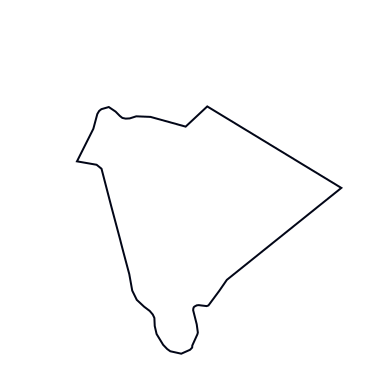 an SVG outline of Granada, rotated 321°
{"feature_id": "NIC-655", "entity_name": "Granada", "entity_type": "Department", "adm_level": 1, "iso_a3": "NIC", "parent_name": "Nicaragua", "parent_adm1": "", "projection": "mercator", "projection_center": [-85.973, 11.905], "detail": "fine", "context": "isolated", "style": "outline", "palette": "ink", "viewbox_px": 384, "rotation_deg": 321, "n_neighbors": 0, "source": "natural_earth", "source_scale": "10m", "svg_char_len": 796}
<svg xmlns="http://www.w3.org/2000/svg" viewBox="0 0 384 384"><g transform="rotate(321 192 192)"><path d="M180.8,73.6L183.2,81.4L183.8,87.5L184.5,90.6L186.6,93.2L189.9,95.6L196.3,98.1L207.0,107.5L228.2,137.2L257.7,135.1L310.6,282.8L163.8,282.2L150.9,286.0L133.4,290.5L131.6,289.9L127.7,285.9L126.1,284.2L124.4,283.1L122.4,282.7L121.7,282.6L120.8,282.7L119.7,283.4L118.5,284.6L112.4,297.8L108.1,304.9L106.6,306.0L95.6,311.5L94.2,313.0L91.2,313.4L81.9,310.9L74.9,302.1L73.9,298.4L73.4,292.6L75.1,280.1L78.7,272.7L83.5,266.2L84.4,262.6L84.3,257.9L82.6,251.0L81.2,241.1L83.5,231.0L91.6,216.3L93.5,212.0L101.0,195.2L104.8,186.8L106.2,183.8L120.3,152.2L136.3,117.0L135.0,110.8L121.9,95.8L155.1,80.8L167.5,71.8L170.8,70.6L173.7,70.6L180.8,73.6Z" fill="none" stroke="#020617" stroke-width="2"/></g></svg>